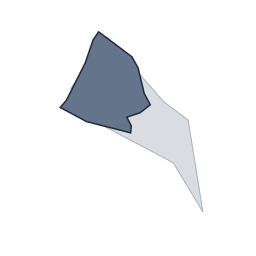 Western highlighted on a map of American Samoa, rotated 75°
{"feature_id": "ASM-5002", "entity_name": "Western", "entity_type": "state/province", "adm_level": 1, "iso_a3": "ASM", "parent_name": "American Samoa", "parent_adm1": "", "projection": "equal_earth", "projection_center": [-170.747, -14.332], "detail": "fine", "context": "in_parent", "style": "filled", "palette": "slate", "viewbox_px": 256, "rotation_deg": 75, "n_neighbors": 0, "source": "natural_earth", "source_scale": "10m", "svg_char_len": 494}
<svg xmlns="http://www.w3.org/2000/svg" viewBox="0 0 256 256"><g transform="rotate(75 128 128)"><path d="M107.7,164.1L74.9,172.9L35.7,124.0L111.8,86.8L136.0,67.8L228.5,77.4L173.2,93.3L107.7,164.1Z" fill="#d9dde1" stroke="#a8b0b8" stroke-width="1"/><path d="M133.4,126.7L111.1,166.4L90.6,188.2L85.4,180.5L54.1,152.5L34.0,139.0L27.5,131.5L60.1,105.9L72.3,102.7L98.8,103.4L111.3,100.5L116.4,112.4L117.2,126.3L126.8,124.3L133.4,126.7Z" fill="#64748b" stroke="#1e293b" stroke-width="1.5"/></g></svg>